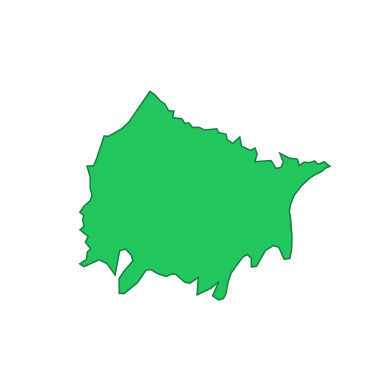 Esperança do Sul, Rio Grande do Sul, Brazil (Robinson projection), rotated 151°
{"feature_id": "56859067B78781577060325", "entity_name": "Esperança do Sul", "entity_type": "district", "adm_level": 2, "iso_a3": "BRA", "parent_name": "Brazil", "parent_adm1": "Rio Grande do Sul", "projection": "robinson", "projection_center": [-54.015, -27.331], "detail": "fine", "context": "isolated", "style": "filled", "palette": "green", "viewbox_px": 384, "rotation_deg": 151, "n_neighbors": 0, "source": "geoboundaries", "source_scale": "gbopen_adm2", "svg_char_len": 1522}
<svg xmlns="http://www.w3.org/2000/svg" viewBox="0 0 384 384"><g transform="rotate(151 192 192)"><path d="M138.6,86.4L132.3,94.1L126.3,104.3L120.9,116.1L118.3,121.7L116.2,128.0L111.5,133.7L104.1,139.7L93.4,144.3L83.5,146.8L77.4,147.5L68.7,147.1L63.9,148.2L59.0,147.5L61.8,154.4L68.3,155.0L69.6,159.6L74.6,160.6L79.7,163.8L85.4,163.1L83.9,169.7L90.5,174.4L96.4,183.3L97.6,173.9L102.2,170.3L107.1,171.9L107.6,181.2L122.3,188.0L116.6,193.7L115.6,199.9L120.7,200.1L126.5,208.1L123.6,216.9L132.9,214.8L135.8,220.7L134.3,226.1L139.7,230.8L139.8,235.3L151.1,240.2L154.4,245.1L160.3,248.3L161.4,254.1L165.2,255.5L165.3,261.0L172.8,266.4L168.6,271.6L173.0,274.3L173.1,282.0L175.6,287.1L177.4,295.1L180.0,300.5L213.0,283.9L222.6,281.4L238.1,281.2L241.6,283.6L259.5,267.2L265.5,262.6L271.2,265.6L273.9,254.3L279.2,244.6L281.2,237.0L286.0,233.6L293.8,231.8L299.9,228.6L298.0,223.9L301.3,220.5L302.9,214.5L308.3,213.2L304.4,203.4L309.6,199.8L308.2,191.5L312.6,190.3L317.0,184.2L325.0,183.6L322.7,179.1L306.0,177.7L301.0,170.3L299.5,156.7L283.8,175.7L277.7,174.2L275.8,166.3L277.1,160.4L290.2,155.6L297.8,151.5L304.8,138.6L300.8,136.1L283.7,139.1L269.8,146.0L265.5,144.0L261.4,136.9L255.4,130.5L250.1,130.2L246.3,128.3L242.1,116.6L238.1,113.2L227.9,114.3L237.4,99.6L222.0,98.6L211.9,100.7L224.3,91.2L221.0,84.7L216.3,83.5L211.5,86.7L204.4,95.5L197.1,102.1L179.2,110.5L173.9,110.4L172.3,105.5L176.4,97.6L171.6,95.8L155.9,105.3L146.6,105.7L142.9,101.5L144.0,88.4L138.6,86.4Z" fill="#22c55e" stroke="#15803d" stroke-width="1.5"/></g></svg>